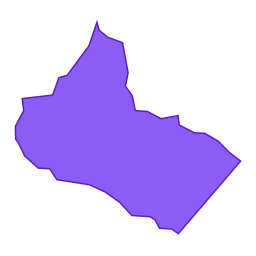 Crockett, Tennessee, United States of America
{"feature_id": "52423323B19626244489091", "entity_name": "Crockett", "entity_type": "district", "adm_level": 2, "iso_a3": "USA", "parent_name": "United States of America", "parent_adm1": "Tennessee", "projection": "equal_earth", "projection_center": [-89.156, 35.835], "detail": "fine", "context": "isolated", "style": "filled", "palette": "violet", "viewbox_px": 256, "rotation_deg": 0, "n_neighbors": 0, "source": "geoboundaries", "source_scale": "gbopen_adm2", "svg_char_len": 582}
<svg xmlns="http://www.w3.org/2000/svg" viewBox="0 0 256 256"><path d="M22.2,98.6L23.7,110.6L15.4,126.3L15.7,139.3L18.4,142.9L24.7,156.0L38.3,168.1L49.6,168.7L56.9,179.7L89.3,184.7L105.2,192.0L119.5,202.2L131.8,215.5L150.0,216.7L154.9,219.7L159.6,228.3L171.7,229.0L178.3,233.7L240.6,161.1L229.3,152.4L218.2,141.2L204.9,133.4L194.4,132.8L179.3,125.1L178.0,115.6L161.2,118.7L147.4,111.5L135.3,110.6L132.2,95.6L125.4,86.2L128.1,72.9L122.6,42.8L107.5,37.1L99.1,30.1L96.9,22.3L89.0,45.8L67.2,75.2L58.9,77.7L52.6,95.1L22.2,98.6Z" fill="#8b5cf6" stroke="#5b21b6" stroke-width="1.5"/></svg>